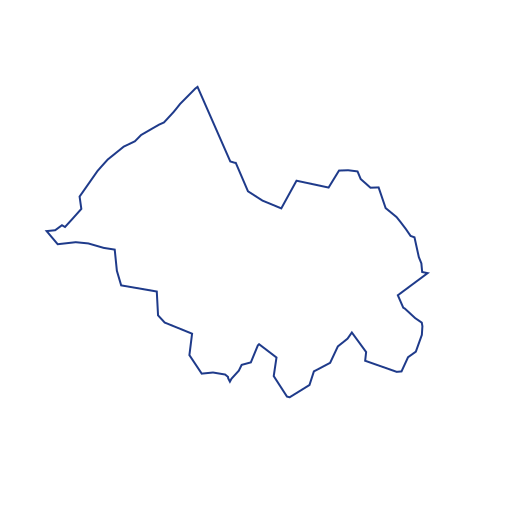 Obokun, Osun, Nigeria, rotated 215°
{"feature_id": "59680162B29331014496737", "entity_name": "Obokun", "entity_type": "district", "adm_level": 2, "iso_a3": "NGA", "parent_name": "Nigeria", "parent_adm1": "Osun", "projection": "mercator", "projection_center": [4.764, 7.778], "detail": "fine", "context": "isolated", "style": "outline", "palette": "blue", "viewbox_px": 512, "rotation_deg": 215, "n_neighbors": 0, "source": "geoboundaries", "source_scale": "gbopen_adm2", "svg_char_len": 1334}
<svg xmlns="http://www.w3.org/2000/svg" viewBox="0 0 512 512"><g transform="rotate(215 256 256)"><path d="M237.0,373.6L235.8,353.7L266.0,340.9L262.6,309.5L282.4,305.1L299.7,304.4L326.0,320.7L326.8,320.2L331.3,318.7L400.9,361.0L401.8,358.2L402.0,356.9L405.4,337.2L405.7,332.1L406.1,326.6L408.0,312.6L410.7,308.1L413.9,301.3L419.5,289.3L421.0,280.5L427.1,269.7L432.8,250.0L434.0,240.2L434.6,234.8L434.6,226.6L434.6,216.9L434.6,203.5L426.1,194.4L427.8,180.1L429.1,170.2L432.6,169.9L435.3,161.9L441.8,156.3L425.2,151.9L411.6,163.9L400.6,170.1L385.4,175.3L375.4,180.2L361.5,164.1L349.6,154.6L316.9,170.0L302.2,151.2L292.6,149.1L263.8,155.7L253.7,136.6L233.0,128.5L224.4,135.9L213.3,141.2L209.6,140.9L208.8,140.0L207.6,139.3L205.3,138.1L205.7,141.4L204.3,152.2L205.3,158.6L199.2,165.9L203.2,183.8L202.9,185.5L181.0,184.6L172.6,167.8L150.0,158.6L147.4,159.6L138.2,181.0L142.4,194.7L134.0,211.0L137.1,228.9L133.6,240.8L133.6,248.3L110.7,240.5L106.5,232.8L74.3,241.8L70.6,244.9L73.4,260.3L70.2,269.3L74.9,286.5L79.4,293.9L82.0,296.5L89.9,296.4L104.0,298.3L105.7,298.1L117.3,305.2L105.6,340.4L110.7,338.2L116.3,344.8L122.0,348.5L136.9,362.2L140.9,361.1L148.6,364.0L157.0,366.7L163.1,368.5L177.3,369.6L194.9,382.5L201.4,377.6L214.4,379.1L221.3,383.5L221.6,383.4L229.7,379.1L237.0,373.6Z" fill="none" stroke="#1e3a8a" stroke-width="2"/></g></svg>